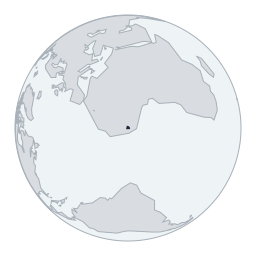 Macenta highlighted on a globe, orthographic projection, rotated 295°
{"feature_id": "GIN-5651", "entity_name": "Macenta", "entity_type": "Prefecture", "adm_level": 1, "iso_a3": "GIN", "parent_name": "Guinea", "parent_adm1": "", "projection": "orthographic", "projection_center": [-9.497, 8.422], "detail": "fine", "context": "on_globe", "style": "filled", "palette": "slate", "viewbox_px": 256, "rotation_deg": 295, "n_neighbors": 0, "source": "natural_earth", "source_scale": "10m", "svg_char_len": 8616}
<svg xmlns="http://www.w3.org/2000/svg" viewBox="0 0 256 256"><g transform="rotate(295 128 128)"><circle cx="128" cy="128" r="113" fill="#eef3f6" stroke="#a8b0b8"/><path d="M92.8,21.0L85.3,24.1L87.5,23.3L85.2,24.7L86.9,24.5L84.6,25.6L87.9,24.5L89.7,23.5L91.7,22.8L92.9,22.7L90.2,23.9L89.2,24.2L89.0,24.5L87.2,25.3L88.7,24.8L85.3,26.6L90.4,24.7L89.1,26.1L86.4,27.3L84.5,27.3L73.4,31.4L70.1,33.3L67.3,35.6L66.5,39.4L63.7,41.6L61.5,44.6L64.0,43.1L66.7,40.3L70.8,38.6L73.5,35.7L75.6,34.8L79.3,32.1L81.0,32.5L80.8,34.5L77.8,36.8L77.6,37.9L82.3,35.9L78.6,40.8L79.3,45.5L78.1,47.0L72.4,49.0L67.6,48.1L60.2,52.1L67.3,49.7L64.2,54.1L64.7,55.0L66.2,55.1L68.3,53.6L67.7,55.3L60.4,57.9L60.8,56.4L63.1,55.5L60.9,55.3L56.0,57.7L54.8,60.0L48.6,62.3L47.6,64.1L45.8,65.9L47.7,62.7L44.1,68.6L36.7,74.3L31.7,85.4L34.1,76.3L33.4,74.8L32.1,74.5L31.2,76.2L30.6,74.2L28.0,77.3L23.9,85.9L21.6,93.0L22.5,94.1L24.2,90.5L25.7,90.4L21.5,100.4L23.6,103.1L21.6,110.9L21.8,115.4L23.6,114.9L25.2,117.5L27.5,113.3L30.6,111.5L29.6,118.0L32.2,112.5L33.4,116.0L40.3,117.2L39.5,118.6L45.2,127.5L53.1,132.1L54.9,137.2L53.8,140.0L56.9,141.3L57.0,143.2L70.9,147.8L79.3,153.4L79.9,160.1L74.5,167.2L73.5,182.7L64.9,186.7L65.3,192.7L63.1,200.7L57.5,199.2L61.8,203.9L60.9,206.0L58.1,205.6L59.9,208.6L57.9,208.2L60.9,210.5L61.3,213.7L65.3,217.1L66.5,219.5L69.2,221.5L68.4,221.2L68.4,221.6L69.6,222.6L65.3,220.3L60.0,216.1L58.5,214.2L57.3,213.6L53.7,208.6L53.7,209.4L47.3,201.0L44.1,194.3L35.6,173.3L33.1,168.7L28.1,162.5L21.6,145.0L22.1,138.7L21.2,135.3L24.1,126.8L24.2,117.8L23.4,116.3L22.1,119.2L20.3,112.7L20.8,105.7L21.0,92.9L23.8,85.3L27.1,77.9L31.0,70.8L35.3,63.9L40.2,57.4L45.5,51.3L51.2,45.6L57.4,40.3L63.9,35.4L70.7,31.0L77.8,27.2L85.2,23.8L92.8,21.0ZM30.0,89.2L32.5,96.0L29.6,95.9L30.4,95.0L30.1,92.4L29.0,89.7L26.8,90.3L30.0,89.2ZM34.4,83.6L33.8,82.9L34.6,83.1L34.4,83.6ZM78.1,32.1L78.6,32.1L77.7,32.6L78.1,32.1ZM79.1,31.1L77.5,31.7L77.8,31.2L78.8,30.9L79.1,31.1ZM81.0,30.5L78.5,30.5L79.0,29.8L83.0,28.0L81.0,30.5ZM89.7,23.3L87.9,24.3L88.4,23.7L89.7,23.3ZM89.5,23.1L88.0,22.9L91.3,21.6L91.1,21.8L94.5,20.5L96.9,20.0L95.5,20.6L92.9,21.5L95.8,20.6L89.5,23.1ZM92.6,22.5L92.0,22.4L94.8,21.3L96.5,21.2L95.1,21.6L92.6,22.5ZM94.2,20.5L96.6,19.8L99.2,19.1L100.5,18.8L97.2,19.9L94.2,20.5ZM95.0,21.8L97.3,21.2L97.1,21.7L93.4,22.5L95.0,21.8ZM94.8,21.1L96.2,20.6L96.0,20.8L94.8,21.1ZM97.4,23.5L96.7,23.2L98.0,22.5L97.4,23.5ZM98.2,21.0L98.3,20.8L98.7,20.6L100.2,20.4L98.2,21.0ZM99.2,19.4L99.8,19.4L100.7,18.9L102.7,18.6L100.1,19.4L102.1,18.9L102.7,18.9L99.9,19.7L99.2,19.4ZM103.0,19.5L100.5,20.8L101.6,21.3L100.4,21.9L98.8,21.0L103.0,19.5ZM101.4,19.5L102.1,19.6L100.3,20.1L98.7,20.4L101.4,19.5ZM104.9,18.1L102.6,18.4L103.2,18.3L104.9,18.1ZM103.7,19.5L104.3,19.3L104.0,19.5L103.7,19.5ZM105.0,18.4L104.0,18.5L104.8,18.3L105.0,18.4ZM106.3,18.7L105.4,19.1L104.3,19.2L106.3,18.7ZM106.0,18.5L107.2,18.2L104.4,19.0L105.4,18.5L106.0,18.5ZM105.8,18.2L106.1,18.2L105.8,18.2ZM111.0,18.2L107.7,19.2L105.3,19.4L108.8,18.4L111.0,18.2ZM73.7,224.8L66.2,221.0L69.9,222.8L69.3,221.7L74.3,224.3L73.7,224.8ZM73.4,221.9L74.6,221.5L75.7,222.1L75.2,222.6L73.4,221.9ZM234.7,91.8L236.3,97.5L238.8,108.1L239.4,113.4L235.5,99.2L231.9,89.5L231.6,91.0L226.7,83.8L221.3,85.4L219.6,83.1L218.8,84.7L215.1,83.0L212.0,79.3L210.3,80.0L218.2,89.9L220.0,89.2L220.1,84.5L222.1,88.3L225.5,91.1L225.3,101.7L215.8,113.3L213.2,105.5L197.2,86.0L196.8,83.6L196.6,83.4L196.3,82.9L196.6,86.9L193.3,83.2L203.6,96.8L206.0,103.1L215.6,113.8L215.2,115.2L217.7,117.3L224.0,112.7L224.4,115.4L222.5,128.7L212.3,147.9L212.7,159.2L210.4,169.2L202.0,176.8L200.6,184.2L196.0,187.4L194.3,191.6L189.4,196.5L182.0,201.4L171.6,202.6L172.6,198.9L169.9,192.1L166.9,174.7L171.3,166.1L171.0,159.6L163.4,145.8L165.2,137.6L162.7,134.4L157.8,135.6L154.8,131.8L151.6,131.9L131.0,136.0L123.7,131.1L112.6,115.5L115.6,108.9L114.4,101.6L133.7,76.2L139.7,77.2L157.2,72.8L159.7,73.4L159.8,78.9L174.5,84.4L176.8,79.4L188.1,81.9L194.2,81.0L192.6,70.7L182.6,72.0L178.7,67.5L185.1,62.4L193.6,61.9L192.3,60.2L185.2,56.9L185.4,53.6L182.5,55.6L185.0,57.2L183.3,58.7L180.9,57.4L181.1,56.1L178.0,55.7L178.1,62.3L180.6,64.6L173.7,66.7L177.3,70.8L176.0,73.1L169.6,67.0L168.8,64.6L158.3,58.8L158.4,61.4L168.4,67.3L166.1,67.0L166.4,71.1L164.3,67.8L153.4,61.3L145.9,63.7L139.6,74.6L134.6,75.9L128.9,74.3L128.2,64.0L139.4,62.3L139.3,59.2L134.4,55.2L138.2,55.2L137.6,53.5L141.6,52.9L144.6,48.5L148.3,47.7L146.9,43.0L148.6,42.1L148.9,45.0L151.1,46.9L159.9,45.8L160.9,44.6L159.3,41.7L161.9,42.0L159.3,39.4L163.1,37.9L156.2,37.7L154.2,34.9L155.1,32.6L153.2,31.8L151.7,35.7L152.2,37.3L154.6,38.7L154.9,43.8L152.4,45.0L147.4,39.9L143.4,41.2L141.2,37.1L146.7,28.4L150.2,26.7L161.3,29.1L162.0,30.7L158.3,30.5L164.0,33.0L162.4,31.7L164.6,32.1L163.2,29.9L164.7,30.1L160.8,27.9L162.5,27.9L164.9,29.4L164.3,26.8L167.0,26.6L166.2,26.0L164.5,25.3L169.1,25.9L168.3,25.4L166.4,25.0L163.6,23.9L160.3,22.3L162.1,22.6L163.5,23.2L169.2,25.1L172.7,27.0L173.1,27.0L170.4,25.5L163.5,23.0L161.1,22.0L164.3,22.9L162.9,22.5L162.3,22.1L163.3,22.1L159.7,21.1L150.0,17.7L150.9,17.7L154.9,18.6L154.2,18.4L162.0,20.6L169.7,23.3L177.1,26.6L184.3,30.4L191.1,34.7L197.7,39.5L203.9,44.8L209.7,50.4L215.1,56.5L220.0,63.0L224.4,69.8L228.4,76.9L231.8,84.2L234.7,91.8ZM129.4,88.7L129.4,90.9L129.4,88.7ZM204.3,66.8L208.2,66.5L203.5,60.9L204.6,60.4L202.6,58.8L203.1,60.5L197.7,56.1L198.4,54.2L196.4,51.9L194.9,51.9L194.6,56.3L202.4,62.3L202.7,64.9L204.3,66.8ZM40.6,117.1L41.3,118.6L40.1,118.4L40.6,117.1ZM28.4,98.4L29.3,98.8L29.5,100.0L28.7,100.1L28.4,98.4ZM37.8,101.0L39.2,101.9L37.4,102.1L37.8,101.0ZM33.1,96.9L36.7,100.5L33.3,101.7L31.1,99.6L33.1,99.5L33.1,96.9ZM32.4,87.1L32.8,87.7L32.2,88.8L32.4,87.1ZM34.9,83.8L34.7,83.8L34.8,82.8L34.9,83.8ZM64.6,53.9L65.2,53.8L66.4,54.2L65.2,54.7L64.6,53.9ZM75.9,52.3L74.7,55.2L74.7,53.4L72.7,54.5L70.2,52.4L77.4,47.7L74.6,50.1L75.9,52.3ZM68.9,48.8L69.6,50.4L68.5,48.9L68.9,48.8ZM130.2,46.0L132.4,46.8L132.1,48.7L127.4,50.6L127.8,47.7L130.2,46.0ZM135.6,47.5L131.9,42.5L134.6,41.4L133.7,42.8L135.9,42.6L135.0,44.8L141.2,49.1L141.4,51.2L132.7,53.0L135.4,51.1L133.1,50.3L135.6,47.5ZM117.6,34.5L116.1,33.1L124.1,32.4L124.6,33.8L120.0,35.6L116.7,34.9L117.6,34.5ZM88.6,27.7L87.5,27.8L88.3,27.4L89.8,26.9L88.6,27.7ZM97.0,23.4L94.3,27.0L92.8,27.2L93.0,29.5L89.3,31.1L89.3,29.5L86.6,32.6L85.2,31.8L83.7,33.9L84.2,30.2L82.8,29.9L85.8,29.6L89.2,28.1L90.2,27.4L92.2,25.1L90.9,24.1L94.1,22.7L96.7,22.0L97.5,22.1L95.2,22.9L97.9,22.4L95.1,23.6L97.0,23.4ZM125.2,19.5L122.2,19.7L127.2,20.4L124.5,21.0L125.2,21.0L124.1,21.9L124.0,23.1L122.5,23.3L123.1,23.7L122.4,24.4L122.8,25.1L120.1,25.9L120.4,26.8L119.0,26.7L120.1,28.2L118.1,27.4L116.9,28.5L119.5,28.7L104.4,32.6L99.6,35.3L96.7,38.2L93.7,36.9L94.4,33.6L97.4,29.9L102.4,27.6L100.2,27.6L101.9,26.6L103.0,27.0L102.4,25.8L104.1,25.2L106.7,22.8L104.7,21.9L105.7,21.2L107.3,21.2L107.1,20.5L110.8,20.2L111.5,19.7L115.9,19.1L118.6,19.7L119.2,19.2L122.6,18.9L125.2,19.5ZM112.3,18.0L116.1,18.2L116.6,18.8L108.7,19.7L107.5,20.1L102.5,21.1L102.1,20.3L103.5,20.1L104.8,19.7L104.5,20.1L105.8,19.5L107.8,19.3L109.4,18.8L110.2,18.9L112.3,18.0ZM161.3,71.2L163.0,71.3L165.4,70.8L165.6,73.6L161.3,71.2ZM153.8,66.8L155.2,66.3L156.7,69.7L154.9,69.8L153.8,66.8ZM154.7,63.4L155.1,66.1L153.8,64.7L154.7,63.4ZM150.1,44.6L151.4,44.0L152.0,44.7L151.9,45.8L150.1,44.6ZM139.5,22.9L137.7,22.6L137.8,22.3L134.9,21.2L136.7,20.8L139.1,21.3L139.5,22.9ZM191.6,72.7L190.6,74.8L189.4,74.0L190.0,73.4L191.6,72.7ZM178.1,74.2L181.8,75.1L178.1,74.9L178.1,74.2ZM141.0,22.3L139.6,21.8L141.3,21.9L141.0,22.3ZM137.8,20.5L139.7,20.5L136.6,20.6L137.8,20.5ZM200.9,213.8L199.7,214.9L199.2,215.2L200.9,213.8ZM222.1,165.2L213.3,183.2L210.1,184.0L211.1,179.1L215.4,168.4L219.6,164.7L222.1,159.6L222.1,165.2ZM239.9,115.3L240.0,116.5L239.0,109.1L239.8,114.6L239.9,115.3ZM154.2,20.6L156.2,22.4L158.9,23.9L162.2,24.9L158.4,24.5L154.3,22.1L154.2,20.6ZM150.3,17.9L147.4,17.4L148.0,17.4L148.8,17.5L150.3,17.9ZM149.0,17.8L146.6,17.6L144.5,17.2L146.8,17.4L149.0,17.8ZM143.9,19.3L144.4,19.8L143.0,19.6L143.9,19.3Z" fill="#d9dde1" stroke="#a8b0b8" stroke-width="1"/><path d="M127.6,128.0L127.5,127.9L127.5,127.7L127.4,127.7L127.4,127.8L127.2,127.5L127.2,127.3L127.3,127.3L127.3,127.2L127.5,127.1L127.8,127.1L128.1,127.0L128.3,126.9L128.3,126.7L128.4,126.9L128.5,127.0L129.0,126.9L129.0,127.4L129.1,127.5L129.2,127.9L129.2,128.0L129.1,128.3L129.0,128.5L128.9,128.6L128.8,128.8L128.7,128.9L128.6,129.0L128.4,129.1L128.3,129.3L128.2,129.3L128.2,129.2L128.1,128.9L128.1,128.7L128.0,128.8L128.1,128.7L127.9,128.5L127.9,128.4L128.0,128.3L127.9,128.2L128.0,128.2L127.9,128.1L127.7,128.1L127.7,127.9L127.6,128.0L127.6,128.0Z" fill="#64748b" stroke="#1e293b" stroke-width="1.5"/></g></svg>